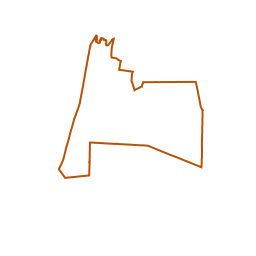 the district of Necsesti, Teleorman, Romania, rotated 308°
{"feature_id": "2599482B69205667822584", "entity_name": "Necsesti", "entity_type": "district", "adm_level": 2, "iso_a3": "ROU", "parent_name": "Romania", "parent_adm1": "Teleorman", "projection": "orthographic", "projection_center": [25.149, 44.256], "detail": "fine", "context": "isolated", "style": "outline", "palette": "amber", "viewbox_px": 256, "rotation_deg": 308, "n_neighbors": 0, "source": "geoboundaries", "source_scale": "gbopen_adm2", "svg_char_len": 5060}
<svg xmlns="http://www.w3.org/2000/svg" viewBox="0 0 256 256"><g transform="rotate(308 128 128)"><path d="M142.2,210.0L145.6,207.8L147.9,206.0L149.1,205.1L150.3,204.4L151.3,203.5L151.6,203.4L154.3,201.4L155.8,200.1L156.8,199.4L159.6,197.1L161.7,195.5L162.0,195.2L162.7,194.7L164.6,193.3L166.1,192.3L167.1,191.5L169.9,189.5L170.9,188.7L172.0,187.9L172.6,187.4L173.6,186.5L174.4,185.9L175.4,185.3L176.2,184.7L177.3,183.9L177.9,183.5L180.0,181.8L180.7,181.2L182.2,180.2L183.2,179.5L183.5,179.2L184.3,178.6L187.1,176.4L187.6,176.1L187.8,176.1L187.8,175.9L188.2,174.9L189.5,172.3L189.9,171.8L191.8,169.7L192.6,168.9L193.3,168.0L193.5,167.8L194.0,167.2L195.4,165.6L195.7,165.3L196.6,164.1L200.7,159.5L202.1,157.7L202.5,157.4L202.8,157.0L203.5,156.1L205.6,153.4L206.0,152.9L204.4,150.8L203.7,150.0L200.2,145.6L199.2,144.3L197.2,141.8L196.3,140.7L195.7,139.8L193.9,137.7L191.1,134.1L188.6,131.0L186.7,128.5L184.3,125.5L183.1,124.0L182.5,123.2L180.4,120.5L179.7,119.7L176.6,115.8L175.5,114.4L173.4,111.7L173.0,112.0L172.3,112.3L172.1,112.4L171.9,112.4L171.2,112.4L169.9,113.1L169.2,113.4L169.1,113.2L168.7,113.0L168.3,112.8L167.4,112.4L166.1,111.9L165.9,111.8L163.2,110.4L161.8,109.9L162.5,109.0L163.7,107.2L164.1,106.7L164.6,105.9L166.1,103.8L166.6,102.9L166.7,102.6L166.9,102.2L167.1,102.1L167.8,101.3L168.1,101.1L168.6,100.8L168.8,100.7L169.7,100.1L170.5,99.6L171.0,99.2L172.6,98.2L173.4,97.8L173.7,97.7L174.8,97.3L175.3,97.2L174.1,95.0L173.4,93.9L172.4,92.1L171.9,91.3L170.4,88.5L168.4,85.2L172.5,83.0L176.5,81.0L176.5,80.9L176.2,80.3L176.0,79.9L175.9,79.5L175.8,79.1L175.7,77.5L175.8,76.8L175.7,76.3L175.5,75.3L175.3,75.1L175.2,74.8L174.9,74.2L174.1,73.0L173.9,72.6L173.5,72.0L173.5,71.9L173.5,71.7L173.7,71.3L173.8,71.1L174.0,71.0L174.4,70.7L174.8,70.4L174.9,70.2L180.1,66.5L181.9,65.5L183.9,64.5L188.0,62.6L188.3,62.4L188.9,62.2L189.2,62.0L189.6,61.8L189.3,61.6L188.5,61.6L188.4,61.5L188.3,61.3L188.2,61.3L187.8,61.2L187.4,61.4L187.1,61.4L186.9,61.3L186.7,61.3L186.3,61.5L186.1,61.5L185.9,61.5L185.7,61.4L185.4,61.3L185.2,61.3L184.9,61.3L184.4,61.2L183.2,61.4L182.9,61.4L181.0,61.3L180.7,61.2L180.4,61.0L180.3,60.8L180.1,60.6L179.9,60.1L179.9,59.9L179.9,59.7L180.1,59.5L180.5,59.3L180.5,59.2L180.6,58.8L180.7,58.7L181.1,58.8L181.3,58.7L182.0,58.3L182.2,58.2L182.4,58.0L182.7,57.8L182.9,57.5L183.2,57.4L183.4,57.2L183.5,57.1L183.4,56.8L183.3,56.7L183.5,56.6L183.7,56.4L183.7,56.2L183.5,55.9L183.2,55.7L183.1,55.3L182.9,55.1L182.7,54.9L182.6,54.7L183.0,54.5L183.2,54.4L183.2,54.0L183.2,53.7L183.2,53.2L183.1,52.9L183.0,52.7L182.4,52.5L182.3,52.4L182.4,52.2L182.4,51.7L182.0,51.4L181.9,51.4L181.9,51.5L181.8,51.8L181.7,52.0L181.4,52.5L181.2,52.6L181.0,52.3L180.8,52.0L180.7,51.9L180.4,51.9L180.5,52.0L180.6,52.3L179.7,52.7L179.2,52.6L178.6,52.9L178.2,53.0L177.6,53.2L177.4,53.1L176.9,52.6L176.6,52.0L176.6,51.8L176.8,51.7L176.8,51.3L176.8,51.2L176.6,51.1L176.5,50.9L176.6,50.7L176.4,50.1L176.3,49.8L176.3,49.6L176.4,49.4L176.5,49.4L176.7,49.5L176.8,49.4L176.8,49.2L177.0,48.8L177.2,48.4L177.3,48.3L177.4,48.2L177.5,48.1L177.9,48.1L178.0,48.1L178.0,48.4L178.0,48.5L178.2,48.9L178.4,49.1L178.5,49.2L178.9,48.7L179.6,48.2L180.1,47.7L181.0,47.1L181.2,46.8L181.3,46.7L181.4,46.4L181.4,46.2L181.1,46.0L180.8,46.1L175.0,46.7L170.9,47.2L170.5,47.3L169.8,47.5L169.3,47.6L169.2,47.7L169.3,48.0L169.2,48.1L168.9,48.1L168.5,48.1L168.4,48.2L168.2,48.3L165.4,49.8L164.6,50.2L162.6,51.3L159.9,52.6L159.4,52.9L156.7,54.3L152.8,56.4L149.7,58.0L149.0,58.3L145.7,60.1L141.6,62.3L140.3,63.0L136.8,64.8L133.9,66.5L130.5,68.2L129.9,68.5L129.4,68.8L127.2,69.9L122.5,72.3L120.2,73.5L117.4,75.0L115.8,75.5L114.9,75.9L114.0,76.2L113.8,76.3L108.4,78.0L105.3,79.1L105.1,79.1L104.9,79.1L102.0,80.1L101.9,80.0L101.4,80.4L100.6,80.7L96.9,82.2L94.1,83.4L90.3,84.8L86.2,86.6L83.4,87.9L83.1,87.9L82.4,88.3L81.7,88.5L80.5,89.1L73.5,91.8L71.7,92.7L70.4,93.3L67.9,94.4L66.2,95.2L64.8,95.8L63.5,96.3L61.7,96.9L61.4,97.0L57.9,97.8L56.1,98.2L53.0,98.9L52.8,99.8L51.5,103.9L50.0,109.2L50.2,109.3L50.3,109.4L54.6,114.0L63.2,122.9L66.5,126.5L66.9,126.5L68.1,125.6L74.3,121.1L76.7,119.3L77.1,119.0L77.2,118.9L77.2,118.7L77.3,118.7L77.3,118.4L77.5,118.4L77.8,118.4L78.2,118.2L79.6,117.1L80.4,116.5L80.8,116.3L82.2,115.2L83.3,114.3L85.9,112.3L86.7,111.8L87.9,110.9L88.1,110.7L89.0,110.1L89.4,109.7L91.0,108.6L93.0,107.0L93.5,107.4L94.3,108.5L94.6,108.8L95.0,109.5L95.2,109.8L95.5,110.3L95.9,111.0L96.9,112.2L97.6,113.3L98.0,113.9L98.3,114.3L99.0,115.3L100.1,116.9L100.3,117.2L100.7,117.8L101.6,119.2L102.4,120.2L102.9,121.0L103.3,121.6L105.0,124.1L105.6,124.9L107.2,127.1L107.6,127.8L107.8,127.9L108.3,128.6L108.5,128.9L109.3,130.0L110.4,131.7L111.3,132.9L111.5,133.3L112.8,135.1L113.1,135.6L114.2,137.1L116.1,139.8L116.3,140.1L117.6,142.1L118.0,142.6L118.8,143.8L120.5,146.3L121.0,147.0L121.4,147.6L121.9,148.3L122.2,148.7L122.6,149.2L125.5,153.3L126.3,154.6L126.5,155.3L132.4,176.2L132.6,177.0L132.8,177.6L133.6,180.2L134.4,182.7L135.5,186.3L137.1,192.1L137.8,194.5L138.4,196.5L138.9,198.2L139.2,199.2L140.4,203.5L141.0,205.4L141.5,207.3L142.2,210.0Z" fill="none" stroke="#b45309" stroke-width="2"/></g></svg>